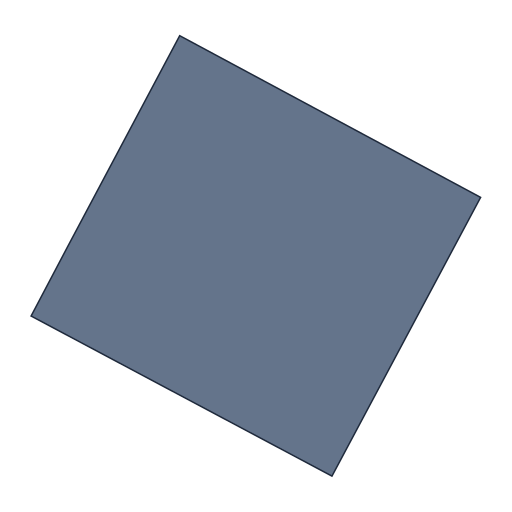 Palo Alto, Iowa, United States of America, rotated 208°
{"feature_id": "52423323B23410218305479", "entity_name": "Palo Alto", "entity_type": "district", "adm_level": 2, "iso_a3": "USA", "parent_name": "United States of America", "parent_adm1": "Iowa", "projection": "natural_earth1", "projection_center": [-94.678, 43.082], "detail": "fine", "context": "isolated", "style": "filled", "palette": "slate", "viewbox_px": 512, "rotation_deg": 208, "n_neighbors": 0, "source": "geoboundaries", "source_scale": "gbopen_adm2", "svg_char_len": 237}
<svg xmlns="http://www.w3.org/2000/svg" viewBox="0 0 512 512"><g transform="rotate(208 256 256)"><path d="M85.6,97.3L85.2,413.2L426.8,414.7L426.7,176.1L426.4,97.4L85.6,97.3Z" fill="#64748b" stroke="#1e293b" stroke-width="1.5"/></g></svg>